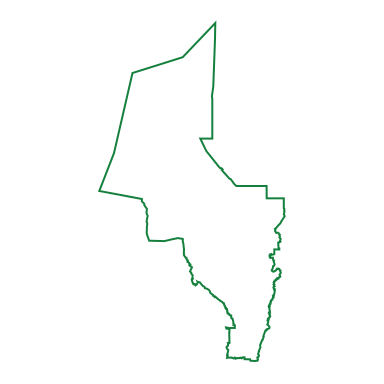 Cruz del Eje, Córdoba, Argentina (Mercator projection)
{"feature_id": "61730980B83091517859764", "entity_name": "Cruz del Eje", "entity_type": "district", "adm_level": 2, "iso_a3": "ARG", "parent_name": "Argentina", "parent_adm1": "Córdoba", "projection": "mercator", "projection_center": [-64.875, -30.658], "detail": "fine", "context": "isolated", "style": "outline", "palette": "green", "viewbox_px": 384, "rotation_deg": 0, "n_neighbors": 0, "source": "geoboundaries", "source_scale": "gbopen_adm2", "svg_char_len": 6070}
<svg xmlns="http://www.w3.org/2000/svg" viewBox="0 0 384 384"><path d="M132.5,73.0L114.0,153.1L99.3,191.0L141.9,199.0L141.9,201.4L144.3,203.8L144.3,205.2L146.9,208.8L146.5,213.1L147.7,216.0L147.0,218.9L146.6,221.8L147.2,222.9L147.2,225.3L146.9,226.2L146.9,228.3L146.7,232.7L147.0,234.6L149.2,240.7L164.4,241.1L172.9,239.1L178.0,238.1L182.7,238.9L182.9,239.7L182.7,241.1L183.4,243.9L183.7,247.2L184.0,249.0L184.0,250.6L183.8,252.2L184.0,253.6L183.8,254.9L184.2,255.3L184.6,256.3L185.3,257.0L185.7,257.8L185.9,257.9L186.3,257.7L186.5,257.8L186.4,258.8L186.5,259.0L187.1,259.9L187.7,260.2L187.9,260.5L187.9,260.9L187.4,261.2L187.5,261.9L189.1,262.8L189.4,264.0L190.0,264.1L190.4,264.4L190.2,264.9L189.5,265.3L190.4,266.3L191.6,266.7L191.9,267.2L191.8,267.8L191.0,269.1L190.6,270.2L190.0,271.4L190.7,272.2L191.2,272.6L191.4,273.2L191.3,273.7L192.5,275.1L192.7,275.6L192.5,276.5L192.5,277.6L192.6,278.2L192.9,278.7L192.3,279.4L191.8,279.3L191.7,279.8L192.6,282.7L192.9,282.9L193.1,283.8L193.6,284.4L194.1,284.4L194.6,284.0L194.9,284.0L195.3,285.2L195.5,285.4L196.9,284.3L197.8,282.3L197.6,281.8L198.3,282.2L199.7,282.2L202.9,286.1L203.9,286.4L204.4,286.8L204.7,287.3L204.9,288.2L206.3,288.5L207.5,289.0L209.1,290.1L209.5,290.6L209.9,291.4L209.9,291.9L210.5,293.1L212.8,294.8L213.1,295.6L213.4,295.5L213.5,295.9L213.8,295.9L214.1,296.4L214.6,296.6L214.8,297.1L215.5,296.7L215.7,297.1L216.9,298.0L217.2,298.5L217.8,298.8L219.1,299.9L219.7,300.2L219.8,300.5L220.4,301.0L222.3,302.0L222.8,302.8L223.3,303.0L223.7,303.7L224.0,303.6L224.1,304.3L224.3,304.9L224.3,305.2L224.5,305.2L225.2,306.3L225.2,307.6L225.9,307.7L226.1,309.0L226.8,309.0L226.8,309.3L227.1,309.5L227.1,310.2L227.4,310.6L227.1,311.7L227.3,312.2L227.6,312.2L227.7,312.4L227.5,313.0L227.6,313.5L228.3,313.5L228.5,313.7L229.2,313.8L229.6,314.8L229.4,314.9L229.5,315.2L231.2,315.5L231.1,316.2L231.4,318.2L231.5,318.4L232.4,318.5L232.6,318.8L233.1,320.9L233.4,323.4L233.6,323.4L233.7,323.5L233.5,324.8L233.9,324.7L234.6,325.0L234.6,325.4L234.9,325.7L234.8,327.0L234.8,328.0L232.5,327.9L229.5,328.1L226.1,327.4L226.3,328.5L229.5,329.2L229.4,332.7L229.2,332.7L229.5,342.9L229.4,343.1L228.9,343.3L228.3,342.8L227.9,342.9L228.3,343.8L227.9,344.9L228.0,345.7L227.3,346.1L226.9,346.7L226.5,347.1L227.0,348.7L228.3,350.1L227.1,355.1L227.7,355.2L227.6,355.9L227.2,356.0L227.2,356.9L227.4,356.9L227.4,357.1L227.2,357.9L228.7,357.5L229.7,357.7L231.8,357.5L232.1,357.9L233.3,358.1L233.5,358.4L234.5,358.3L235.2,358.6L235.4,358.1L235.4,357.8L235.9,358.1L236.9,358.1L237.0,358.3L237.3,358.1L238.1,358.0L238.9,358.2L239.4,357.9L239.8,358.0L240.4,357.7L240.8,357.8L241.3,358.3L241.7,358.3L242.0,358.2L242.1,357.6L242.4,357.4L244.5,357.3L244.5,359.2L250.1,359.3L250.3,360.7L254.9,361.0L256.3,360.7L257.4,360.8L257.8,360.2L257.9,359.2L257.7,358.9L257.7,358.1L257.4,358.0L257.3,357.7L257.5,357.2L258.8,356.5L258.9,355.7L258.9,355.2L258.1,354.5L258.1,353.9L258.4,353.3L258.7,352.0L258.7,351.5L259.0,351.3L259.2,350.1L260.3,347.8L260.4,346.9L260.1,345.6L260.1,345.1L262.0,340.5L262.2,340.4L262.1,340.1L262.3,339.8L262.6,339.8L263.7,336.7L263.3,336.4L265.4,330.6L266.2,330.6L266.4,329.7L267.0,329.7L267.3,329.0L267.9,329.0L269.4,328.1L269.4,326.7L268.2,325.2L267.3,324.6L268.1,322.9L268.1,321.2L267.9,321.0L268.2,320.9L268.4,320.4L268.1,320.2L267.8,320.2L268.0,319.5L268.4,319.3L268.2,319.1L268.3,318.8L268.0,318.7L268.4,318.1L268.7,318.1L268.9,317.8L269.4,317.7L269.6,317.0L270.1,316.7L270.2,316.2L269.8,315.9L269.9,315.5L269.4,314.6L269.8,314.4L269.8,313.6L268.8,312.8L268.9,312.6L269.3,312.9L269.9,312.6L269.7,312.3L269.7,311.8L269.9,311.5L269.9,310.7L269.8,310.1L269.5,309.7L269.4,308.2L269.0,307.6L269.3,307.2L268.9,307.0L268.7,306.2L268.8,305.9L269.7,305.9L269.5,304.3L269.8,303.9L270.1,304.4L270.4,304.1L270.2,303.3L270.7,302.9L270.5,302.1L270.9,302.0L271.1,301.6L270.9,300.5L272.2,299.8L272.0,299.4L272.4,298.9L273.0,298.1L273.0,297.8L272.8,297.5L272.9,297.2L273.2,297.1L273.6,297.2L273.7,296.4L273.0,295.7L273.4,295.2L273.9,295.0L273.8,294.5L274.1,294.2L274.5,293.1L274.7,291.0L274.9,290.5L274.9,290.3L274.3,289.9L274.8,289.4L274.7,288.9L274.2,288.5L273.8,288.4L273.7,288.0L273.4,287.7L273.8,286.5L274.5,286.2L273.9,285.7L273.9,285.0L274.4,284.3L274.3,284.2L273.8,284.1L274.1,283.6L274.1,283.1L273.7,282.5L274.3,281.9L274.1,281.5L274.6,281.2L274.7,280.6L275.4,280.8L275.8,280.5L275.9,279.8L276.2,279.8L276.5,279.6L276.3,279.3L276.4,279.1L276.9,279.1L277.3,279.3L277.5,279.2L277.4,278.1L278.6,278.3L278.7,277.6L279.7,277.2L280.3,276.7L280.2,276.3L279.7,275.9L279.9,275.3L279.6,274.6L280.8,272.8L280.7,272.6L280.7,272.3L280.2,271.6L280.2,271.2L280.5,270.6L279.7,270.1L279.6,269.5L279.3,269.0L278.9,269.1L278.5,268.8L278.1,268.9L277.9,268.6L277.5,268.8L276.9,268.7L276.6,269.2L276.5,269.8L275.7,270.5L275.4,270.8L274.5,271.1L274.3,271.4L273.2,271.7L272.4,271.3L271.8,270.6L271.7,270.2L272.6,268.8L272.7,268.0L272.9,267.6L273.1,266.1L274.1,265.7L274.5,264.4L274.3,263.2L273.6,261.4L274.0,260.5L273.4,260.3L273.3,260.1L272.9,259.0L272.9,257.7L270.7,257.9L270.2,257.8L270.2,257.5L269.6,256.9L269.7,256.6L270.2,256.4L270.4,256.0L270.3,255.8L269.6,255.9L269.5,255.5L269.9,254.5L271.2,254.0L271.4,254.3L271.4,254.9L274.3,254.2L274.3,249.4L279.3,249.5L279.3,248.3L278.9,248.2L278.5,247.8L278.2,242.6L279.2,242.4L279.3,242.0L279.9,241.7L280.1,241.9L280.4,241.8L280.5,241.5L280.0,240.6L280.7,238.9L279.5,237.6L279.9,236.8L279.5,236.0L279.9,234.9L279.8,234.6L279.0,234.2L278.7,233.2L278.1,232.8L277.3,232.7L276.7,232.7L276.5,232.9L276.1,232.8L275.0,230.9L275.5,229.5L275.0,228.9L275.6,228.5L275.7,228.2L276.6,227.5L277.0,226.9L277.8,226.1L278.1,225.5L279.6,224.2L279.8,223.7L280.1,223.6L280.6,222.9L281.5,221.1L284.7,216.2L283.8,214.3L284.1,213.4L284.5,211.2L284.1,210.8L284.4,209.0L284.2,208.6L283.8,208.3L283.8,198.3L266.7,198.3L266.6,186.0L236.3,186.0L234.0,183.7L231.0,179.5L230.7,179.2L229.4,178.6L221.8,170.1L222.6,169.4L221.5,168.2L220.2,168.2L218.2,165.9L206.3,151.0L200.3,138.6L212.3,138.6L212.3,100.2L212.2,97.6L211.9,96.4L213.3,86.2L215.0,38.9L215.3,23.0L182.7,57.2L132.5,73.0Z" fill="none" stroke="#15803d" stroke-width="2"/></svg>